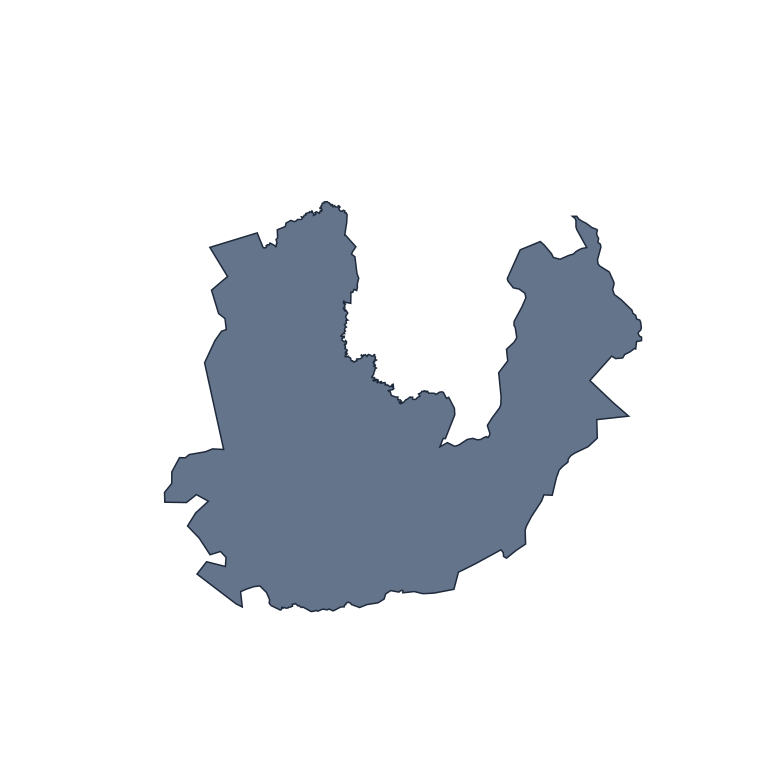 Naukšēnu pag., Nauksenu, Latvia, rotated 234°
{"feature_id": "27541924B92408320132351", "entity_name": "Naukšēnu pag.", "entity_type": "district", "adm_level": 2, "iso_a3": "LVA", "parent_name": "Latvia", "parent_adm1": "Nauksenu", "projection": "mercator", "projection_center": [25.545, 57.88], "detail": "fine", "context": "isolated", "style": "filled", "palette": "slate", "viewbox_px": 768, "rotation_deg": 234, "n_neighbors": 0, "source": "geoboundaries", "source_scale": "gbopen_adm2", "svg_char_len": 6171}
<svg xmlns="http://www.w3.org/2000/svg" viewBox="0 0 768 768"><g transform="rotate(234 384 384)"><path d="M596.9,323.4L562.9,320.6L561.3,299.6L538.2,291.6L530.4,293.8L520.7,288.4L522.2,283.6L518.5,272.8L506.6,251.3L425.3,215.8L432.3,207.1L434.1,199.8L441.4,184.9L441.1,179.9L444.6,175.3L437.6,160.7L428.3,153.8L425.3,142.7L417.2,137.2L404.2,154.5L404.8,167.2L392.4,173.0L390.4,155.8L384.6,141.6L367.9,143.9L348.1,142.9L344.6,153.3L336.6,154.3L329.6,148.4L344.5,136.0L340.1,121.0L293.0,135.1L286.9,138.3L300.3,145.9L298.9,152.1L296.6,159.5L293.6,164.9L284.3,166.4L276.6,164.6L274.3,162.3L271.1,162.4L262.3,167.1L261.8,167.9L262.3,169.4L263.3,169.9L263.2,170.6L262.2,170.6L261.8,171.0L261.9,171.8L260.1,173.1L259.2,174.8L259.4,175.7L258.3,177.6L258.5,178.7L258.0,179.3L259.7,180.4L258.4,182.4L258.4,183.4L255.1,183.9L254.6,185.0L251.8,185.7L251.0,187.4L242.7,191.3L241.0,194.6L240.8,196.0L239.1,196.9L237.9,202.1L234.5,205.5L234.5,207.1L230.3,209.5L229.0,218.0L227.1,220.8L228.3,222.1L228.0,223.2L228.8,224.7L228.7,226.5L226.4,228.2L224.8,228.0L217.5,232.9L215.6,240.5L210.5,250.5L209.9,257.6L213.2,262.0L212.9,268.0L206.9,273.7L207.0,276.1L205.9,277.9L204.0,276.5L198.3,286.5L191.9,291.8L190.1,294.3L185.3,301.8L176.8,319.9L188.0,333.6L185.0,351.1L181.1,381.2L177.4,381.3L174.2,379.4L171.1,380.7L171.7,393.1L171.3,404.5L182.7,412.2L185.3,415.7L189.9,424.9L196.7,442.7L200.3,448.2L195.1,454.7L206.7,468.2L211.4,475.1L212.3,479.8L212.7,486.9L214.7,488.7L215.6,490.6L216.2,493.2L216.0,497.6L213.3,512.4L214.8,524.7L230.1,535.2L214.2,563.0L234.4,558.4L265.8,552.6L272.7,584.6L268.4,586.3L264.8,592.4L266.4,596.1L265.4,602.1L265.5,607.7L264.4,608.2L269.9,613.3L267.7,617.8L269.7,619.4L270.7,619.9L272.6,618.8L275.7,619.4L276.4,620.7L276.7,623.3L278.2,625.2L282.9,627.9L285.4,628.5L288.1,626.6L291.6,628.0L294.9,626.9L297.9,628.0L312.9,625.4L321.0,622.9L326.1,624.5L329.7,628.9L331.2,629.8L342.2,632.1L352.3,628.0L355.0,627.7L359.0,629.7L367.2,639.9L369.9,641.2L373.0,640.3L375.6,643.2L379.3,643.7L381.5,645.1L382.9,647.0L384.0,647.0L388.3,644.2L395.2,642.0L399.9,639.6L402.8,638.6L406.4,638.5L408.9,635.0L405.5,635.9L403.3,635.3L398.2,631.6L395.4,630.7L375.2,628.2L377.3,623.8L378.0,620.5L378.3,617.2L377.8,613.6L379.5,608.8L381.4,599.8L386.8,595.4L391.0,596.1L402.1,595.3L407.4,594.2L412.5,573.0L396.8,545.7L394.5,544.8L385.8,545.1L381.4,549.1L374.6,551.3L370.4,549.5L365.3,540.9L358.2,526.1L355.2,523.7L352.5,523.3L343.5,518.7L341.4,514.0L340.1,503.5L330.0,497.7L325.7,483.4L305.0,471.3L298.7,466.4L296.8,463.5L293.0,451.4L289.7,443.2L281.4,440.5L279.5,437.3L280.0,436.1L281.1,436.2L281.9,433.7L282.3,429.5L283.9,426.8L287.8,423.9L290.2,418.8L290.7,408.5L292.0,404.6L299.3,400.8L300.3,392.3L305.2,399.9L303.7,401.5L317.5,423.2L323.0,426.7L335.2,428.5L335.6,426.1L342.3,427.1L343.6,426.3L344.7,424.3L345.1,419.8L346.8,419.4L350.4,414.7L352.5,415.0L352.7,413.9L353.3,413.8L353.1,413.3L354.5,413.0L354.9,412.5L354.5,411.8L355.8,410.5L355.2,408.8L355.6,406.0L353.1,406.0L353.4,403.0L352.9,400.8L354.6,398.2L355.7,398.5L356.4,399.4L358.2,397.3L358.0,394.3L358.4,392.4L357.8,389.8L357.8,387.3L358.3,385.9L359.0,385.4L360.5,385.6L358.9,387.6L359.5,387.9L361.5,387.9L363.2,385.9L365.2,387.6L366.5,385.9L370.4,383.2L374.0,384.5L374.8,383.7L376.1,383.6L374.2,388.0L374.7,389.4L377.5,388.9L377.5,389.8L376.7,390.3L378.4,391.3L378.7,390.4L378.1,387.9L378.7,387.0L381.1,386.4L382.5,384.4L383.6,385.5L384.6,385.6L386.3,382.3L387.1,383.3L387.7,383.2L387.9,382.6L387.5,381.5L389.3,380.8L389.0,379.4L390.0,379.8L390.4,381.4L390.9,381.6L392.2,380.6L392.3,380.1L391.9,379.7L392.5,379.4L391.8,378.7L392.6,377.4L393.3,377.2L393.6,379.6L394.2,380.0L395.2,379.8L396.1,378.1L396.7,378.1L398.3,381.9L399.4,382.7L400.1,384.2L401.3,385.1L401.4,387.2L404.4,386.3L404.9,387.0L404.1,387.7L404.3,388.1L407.6,387.8L408.0,388.5L407.4,389.3L408.6,390.0L407.8,391.3L407.8,392.0L409.4,391.3L410.6,392.8L412.2,392.9L413.2,393.7L413.6,393.3L413.1,391.8L413.3,391.0L417.0,388.9L416.9,387.5L416.3,386.4L418.6,386.2L418.7,385.3L419.4,384.8L418.8,383.8L420.8,382.8L420.6,382.3L418.7,382.3L418.2,381.4L418.5,379.3L420.2,376.9L420.1,376.3L418.6,375.5L419.4,374.2L419.3,372.4L421.3,372.2L422.2,371.1L424.6,372.2L426.3,371.4L427.4,371.6L428.1,369.5L428.9,368.7L429.9,369.4L429.6,370.1L430.0,372.0L430.6,371.9L430.4,371.0L431.0,370.7L431.4,371.8L432.2,371.3L432.6,372.0L432.1,372.8L433.0,374.2L435.8,373.2L436.6,374.7L439.2,375.2L439.4,375.6L438.6,376.1L438.7,377.2L440.4,378.6L441.4,378.4L440.5,377.7L441.6,377.3L442.0,376.4L444.5,375.8L445.7,377.6L444.9,378.8L445.2,379.5L446.2,379.9L447.3,377.7L448.2,377.3L448.7,380.4L447.9,381.8L449.3,382.1L449.6,384.0L451.3,384.0L452.4,385.6L452.2,387.0L455.3,386.9L455.3,389.4L457.8,390.6L457.0,392.3L458.3,391.8L461.2,392.6L462.7,396.4L465.9,396.5L465.6,396.1L465.7,395.5L467.0,395.3L468.0,396.4L468.9,395.5L469.7,397.1L469.3,397.6L470.8,398.3L471.3,399.8L471.9,399.4L472.7,399.9L472.9,398.7L474.3,399.5L474.6,400.3L473.4,400.3L468.8,404.5L477.7,411.2L476.5,412.5L478.1,415.5L475.7,416.8L477.6,419.1L480.7,421.3L484.4,425.7L489.1,427.0L504.1,435.3L508.1,434.0L509.5,436.3L511.5,441.9L527.3,440.3L527.5,439.7L536.5,448.7L542.7,453.7L544.9,453.9L545.8,452.9L547.0,454.1L548.5,453.2L548.2,451.5L550.2,450.2L552.5,450.5L553.0,452.4L554.7,452.3L555.1,451.8L554.4,451.1L554.4,450.3L556.1,448.6L557.2,448.9L557.3,447.0L559.2,447.8L559.7,447.5L559.0,446.9L559.5,446.2L562.6,446.3L562.9,445.7L564.9,445.2L566.3,443.1L566.4,442.5L565.6,442.3L566.5,440.2L565.5,439.3L565.0,437.7L564.3,437.5L564.1,435.6L563.5,435.4L562.7,436.6L561.4,436.2L560.5,434.9L561.6,434.5L561.3,433.8L560.1,432.1L563.1,430.5L563.3,429.0L562.0,429.1L561.4,428.4L561.9,426.2L562.6,427.2L565.1,426.9L565.9,427.6L566.4,427.4L565.7,426.1L567.1,425.1L566.7,424.6L567.9,420.9L566.7,420.5L567.4,418.6L566.3,416.9L567.7,415.5L566.2,415.3L565.8,414.9L565.8,413.7L567.9,410.8L567.6,408.8L568.1,406.8L571.1,404.8L571.8,399.3L569.4,396.7L571.5,388.3L564.7,383.8L564.3,381.6L560.7,380.2L560.4,379.0L558.8,377.9L558.7,377.1L561.0,376.6L565.0,374.7L565.1,374.4L564.1,373.0L565.2,371.4L564.6,370.7L565.1,370.0L563.9,369.4L563.8,368.1L565.3,366.4L580.8,370.2L596.9,323.4Z" fill="#64748b" stroke="#1e293b" stroke-width="1.5"/></g></svg>